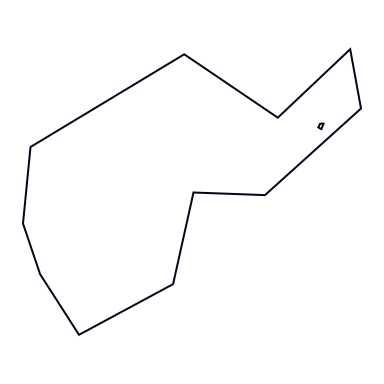 Radford, Virginia, United States of America (Albers equal-area conic projection)
{"feature_id": "52423323B3123735439374", "entity_name": "Radford", "entity_type": "district", "adm_level": 2, "iso_a3": "USA", "parent_name": "United States of America", "parent_adm1": "Virginia", "projection": "albers", "projection_center": [-80.541, 37.119], "detail": "fine", "context": "isolated", "style": "outline", "palette": "ink", "viewbox_px": 384, "rotation_deg": 0, "n_neighbors": 0, "source": "geoboundaries", "source_scale": "gbopen_adm2", "svg_char_len": 338}
<svg xmlns="http://www.w3.org/2000/svg" viewBox="0 0 384 384"><path d="M277.8,117.7L184.2,54.3L30.5,147.0L23.0,223.5L40.1,274.2L79.0,334.8L173.1,284.1L193.5,192.5L265.0,195.1L361.0,108.5L350.2,49.2L277.8,117.7ZM318.3,127.4L320.1,123.8L322.0,123.5L323.5,123.7L321.4,129.1L318.3,127.4Z" fill="none" stroke="#020617" stroke-width="2"/></svg>